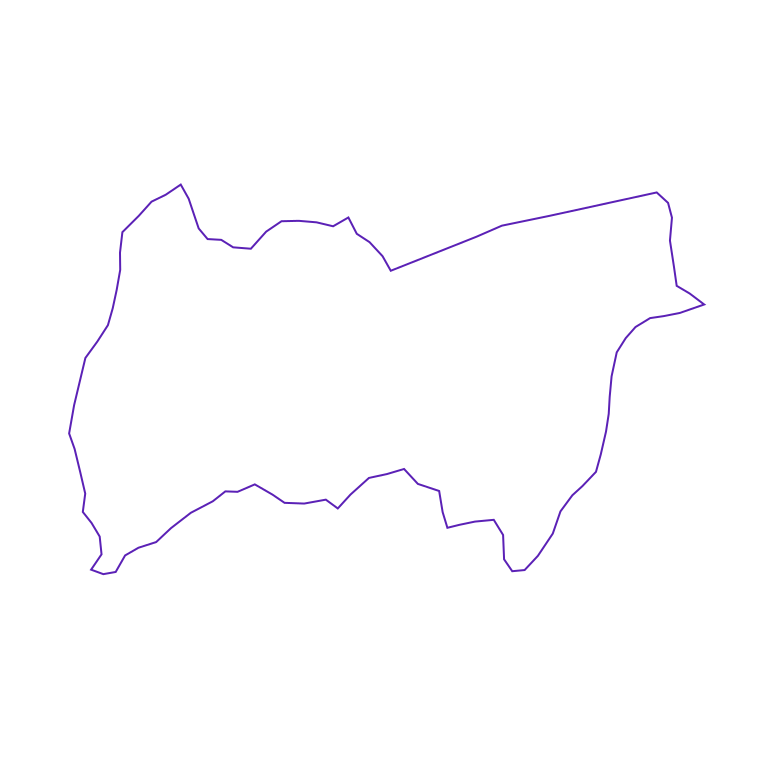 the district of Curral de Cima, Paraíba, Brazil, rotated 190°
{"feature_id": "56859067B74378135751111", "entity_name": "Curral de Cima", "entity_type": "district", "adm_level": 2, "iso_a3": "BRA", "parent_name": "Brazil", "parent_adm1": "Paraíba", "projection": "equal_earth", "projection_center": [-35.284, -6.731], "detail": "fine", "context": "isolated", "style": "outline", "palette": "violet", "viewbox_px": 768, "rotation_deg": 190, "n_neighbors": 0, "source": "geoboundaries", "source_scale": "gbopen_adm2", "svg_char_len": 1352}
<svg xmlns="http://www.w3.org/2000/svg" viewBox="0 0 768 768"><g transform="rotate(190 384 384)"><path d="M148.7,620.0L250.3,578.3L295.4,560.4L318.5,545.1L397.0,496.7L407.6,509.6L422.9,521.2L436.9,527.2L448.0,541.8L461.5,530.5L478.5,531.5L496.2,529.9L513.2,526.5L526.5,513.6L538.6,494.1L556.3,492.4L569.3,497.7L582.9,496.1L593.5,505.0L601.1,518.9L608.5,532.5L618.8,545.1L631.8,532.5L644.6,523.2L654.7,507.0L668.0,488.1L666.8,467.5L663.6,450.6L663.6,430.1L664.3,411.5L666.1,394.0L673.7,376.0L682.6,357.8L685.5,309.4L685.5,280.6L677.4,266.3L668.0,244.8L659.2,224.2L658.4,205.7L647.9,196.4L637.5,184.4L632.6,167.2L640.2,150.3L627.4,148.0L615.6,152.3L609.2,170.2L597.4,180.1L580.9,188.8L568.8,205.0L551.9,223.6L532.2,238.8L521.6,250.7L509.5,252.4L493.8,262.7L474.6,255.7L461.3,249.7L441.8,252.4L421.2,260.0L407.9,253.4L397.8,269.3L382.5,288.9L365.5,295.8L349.5,303.8L333.3,291.5L311.1,288.2L304.0,268.0L296.6,253.4L285.3,258.4L270.5,264.3L252.3,269.3L240.5,256.0L235.3,232.2L225.2,221.9L213.2,225.2L202.6,241.5L191.8,266.0L188.1,289.2L179.2,307.1L170.8,318.0L160.0,334.3L158.3,352.2L157.1,375.7L157.5,393.6L159.5,410.5L161.2,431.1L160.3,455.6L153.9,471.2L146.2,483.8L133.4,495.1L120.4,499.4L105.1,505.3L82.5,517.9L98.7,526.2L112.8,531.5L118.9,550.1L127.3,574.9L129.3,597.8L135.7,611.7L148.7,620.0Z" fill="none" stroke="#5b21b6" stroke-width="2"/></g></svg>